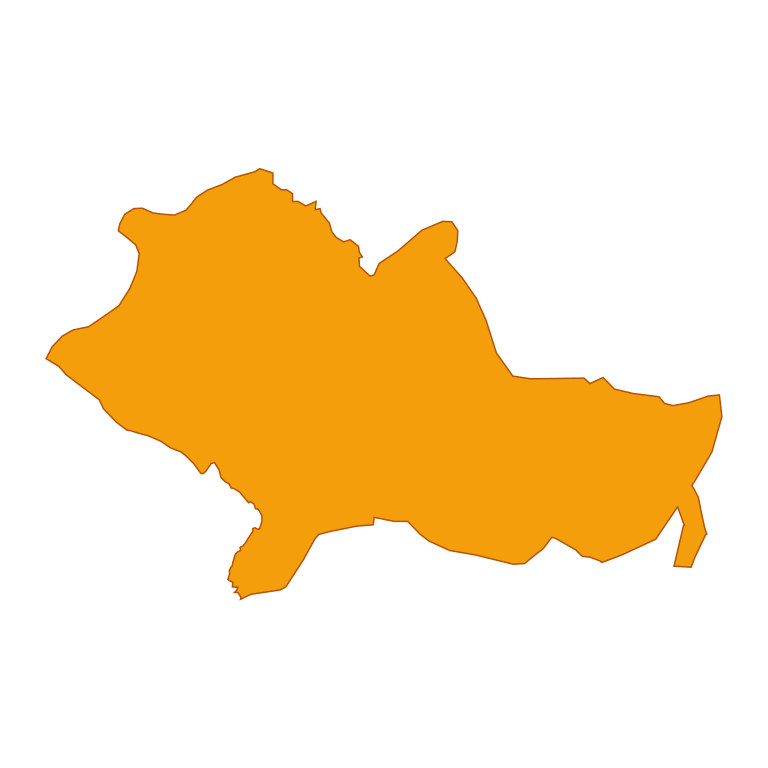 the district of Careysburg, Montserrado, Liberia
{"feature_id": "62588387B2159992345918", "entity_name": "Careysburg", "entity_type": "district", "adm_level": 2, "iso_a3": "LBR", "parent_name": "Liberia", "parent_adm1": "Montserrado", "projection": "robinson", "projection_center": [-10.552, 6.442], "detail": "fine", "context": "isolated", "style": "filled", "palette": "amber", "viewbox_px": 768, "rotation_deg": 0, "n_neighbors": 0, "source": "geoboundaries", "source_scale": "gbopen_adm2", "svg_char_len": 3193}
<svg xmlns="http://www.w3.org/2000/svg" viewBox="0 0 768 768"><path d="M524.5,563.6L527.8,560.9L534.5,555.4L535.9,554.3L542.8,549.0L543.1,548.8L551.9,537.2L556.2,538.7L562.7,542.4L575.8,549.9L576.7,550.9L581.2,555.4L582.9,556.5L584.4,556.6L590.2,557.2L590.4,557.3L599.9,560.9L600.6,561.2L600.6,561.6L602.0,562.4L602.6,562.2L621.9,554.9L653.0,540.5L655.8,539.1L676.6,508.3L677.6,506.9L684.4,525.5L683.4,525.9L674.0,566.2L682.9,566.7L690.9,567.2L691.0,566.9L691.3,566.9L694.6,557.9L705.7,534.6L706.9,534.0L706.0,531.8L705.7,531.0L705.0,529.2L702.7,518.7L700.8,509.8L699.5,503.2L698.3,497.4L694.3,489.5L693.3,487.9L691.8,485.6L694.9,481.0L704.9,463.9L708.6,457.6L711.9,452.0L721.9,416.7L719.4,394.9L708.2,396.1L688.6,402.8L672.9,405.6L664.5,403.4L661.8,400.1L660.1,398.0L659.1,396.8L634.9,393.7L633.1,393.5L614.4,389.1L603.1,377.5L589.9,383.6L586.5,380.4L584.0,378.1L568.7,378.3L556.7,378.5L530.5,378.8L512.8,376.1L511.6,374.3L496.4,353.0L488.0,326.5L486.0,320.2L476.1,298.0L473.1,293.7L469.3,288.2L462.3,278.0L453.4,268.0L445.1,258.6L454.9,251.8L457.3,241.2L457.4,238.4L457.8,230.7L451.9,221.8L443.0,221.3L421.9,230.2L418.6,233.1L398.0,250.9L379.1,263.5L374.2,274.7L370.3,276.3L359.5,266.4L359.0,258.0L362.4,256.9L359.4,252.4L358.5,246.3L350.1,239.7L343.7,241.9L338.2,238.6L336.3,237.5L331.9,231.9L329.4,223.0L325.7,218.6L321.1,213.0L320.1,208.6L315.2,209.7L316.1,201.4L305.8,205.9L302.7,204.1L298.0,201.4L292.6,201.5L292.6,193.7L286.7,189.8L281.3,189.8L272.9,183.7L272.9,173.1L271.7,172.6L259.7,168.7L254.7,171.8L235.4,177.1L221.9,184.6L207.6,190.0L206.6,190.6L196.4,197.4L191.4,204.0L186.0,210.2L174.4,215.1L173.8,215.0L162.8,214.2L157.4,213.5L153.2,213.0L142.3,208.2L133.8,208.6L124.8,214.2L119.8,223.8L118.3,230.8L125.2,236.1L129.7,239.8L135.7,244.8L139.2,253.6L136.9,271.1L134.5,277.2L130.0,288.2L120.7,302.9L118.9,305.8L104.8,315.7L96.9,321.1L88.6,326.7L73.2,329.9L62.5,335.9L52.3,346.6L46.1,358.7L58.8,366.4L66.4,374.9L80.6,385.7L96.0,397.3L99.2,399.7L101.5,404.5L103.5,408.8L116.3,422.1L120.7,425.5L126.8,430.1L131.1,430.8L138.5,433.2L147.8,435.6L160.8,441.2L170.4,447.8L177.8,450.7L180.8,451.8L185.7,455.7L193.8,463.7L200.9,473.5L203.4,473.5L205.8,471.4L211.1,463.6L214.5,462.6L217.2,466.9L219.1,469.9L221.0,477.6L225.0,481.5L229.1,483.9L231.2,488.1L234.0,488.5L239.6,492.0L248.6,502.8L250.4,501.7L254.1,504.2L255.4,508.7L258.4,509.4L261.9,515.4L261.9,521.3L259.8,528.0L258.2,529.4L254.8,527.7L252.7,528.7L253.0,531.2L248.7,537.5L245.3,543.1L244.3,544.2L243.6,545.1L243.6,545.6L240.0,547.4L240.7,550.5L237.9,551.6L236.9,552.6L235.4,554.1L233.0,561.8L232.1,566.0L230.8,567.4L229.3,570.6L229.6,574.1L227.8,579.3L229.8,580.9L232.9,582.3L232.3,586.9L234.7,587.2L237.8,587.2L236.9,590.0L234.5,592.5L237.9,592.5L241.0,597.4L240.5,599.3L251.0,594.3L280.4,589.9L285.9,586.8L286.7,585.6L303.6,559.4L305.7,555.5L314.8,539.1L315.8,537.8L318.0,535.2L318.6,534.5L330.7,531.3L334.5,530.6L353.3,526.8L356.7,526.1L360.8,525.8L373.2,524.8L374.1,517.4L394.3,521.4L396.1,521.4L398.7,521.4L407.5,521.4L410.4,524.1L415.2,529.1L420.0,534.1L429.1,541.1L444.9,548.3L449.8,550.5L470.2,554.0L475.0,554.9L475.4,554.9L479.0,555.8L513.1,564.2L524.5,563.6Z" fill="#f59e0b" stroke="#b45309" stroke-width="1.5"/></svg>